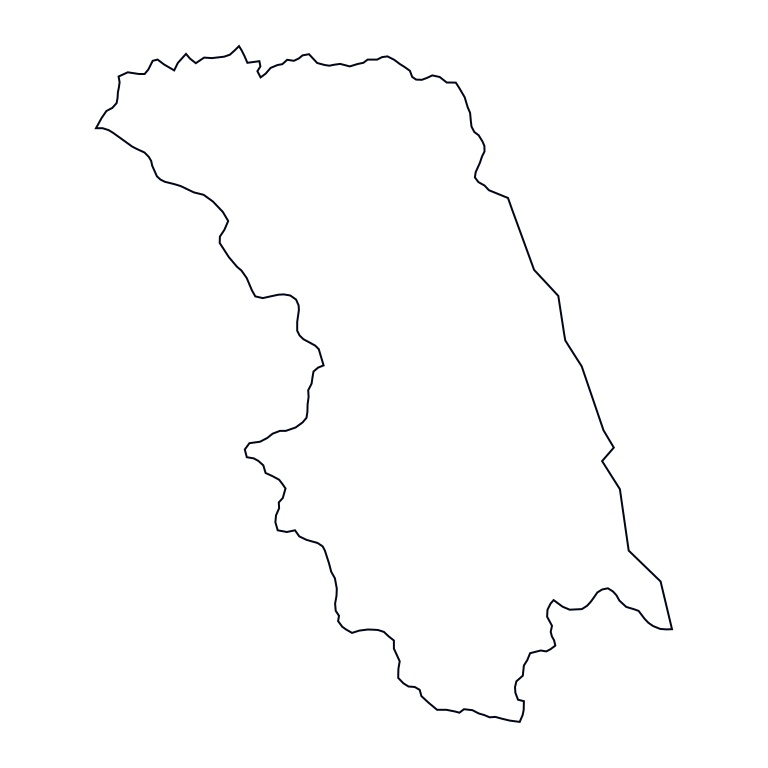 outline of Beneditinos, Piauí, Brazil
{"feature_id": "56859067B90877383112552", "entity_name": "Beneditinos", "entity_type": "district", "adm_level": 2, "iso_a3": "BRA", "parent_name": "Brazil", "parent_adm1": "Piauí", "projection": "mercator", "projection_center": [-42.424, -5.514], "detail": "fine", "context": "isolated", "style": "outline", "palette": "ink", "viewbox_px": 768, "rotation_deg": 0, "n_neighbors": 0, "source": "geoboundaries", "source_scale": "gbopen_adm2", "svg_char_len": 3372}
<svg xmlns="http://www.w3.org/2000/svg" viewBox="0 0 768 768"><path d="M455.8,82.6L446.7,82.5L439.7,77.0L432.3,75.4L427.0,77.9L421.9,79.8L416.1,79.6L412.2,76.9L409.9,70.8L404.6,67.0L400.1,64.2L394.2,59.8L387.5,56.4L382.1,57.1L377.1,59.6L367.6,59.6L363.4,62.8L357.6,64.0L349.8,66.4L340.2,63.9L334.4,64.7L329.3,65.7L324.7,65.0L317.2,63.0L309.0,54.2L302.5,55.4L298.9,58.4L293.9,60.8L287.2,59.8L282.3,64.2L277.6,65.0L270.6,67.9L265.6,73.7L260.6,77.4L257.4,71.2L260.4,66.4L259.4,61.2L247.4,62.8L244.5,56.1L241.6,50.3L239.0,46.1L235.0,50.1L229.9,54.7L224.1,56.7L211.9,58.1L204.1,57.6L195.8,63.2L190.0,58.6L186.0,53.9L177.8,63.0L174.2,70.4L164.1,64.5L157.6,59.6L152.7,60.8L148.3,69.6L144.6,74.0L138.9,74.0L127.8,72.3L118.6,76.5L119.6,82.3L118.9,87.4L117.9,92.3L117.6,97.7L116.6,103.1L112.3,107.9L106.4,111.0L101.6,118.0L96.0,128.2L102.6,128.2L108.6,130.1L113.2,132.9L132.2,146.6L137.1,149.1L144.5,152.5L148.8,156.9L151.2,161.0L152.2,165.7L156.9,176.3L160.5,179.6L164.9,181.8L174.2,184.1L180.5,186.0L193.9,192.4L203.6,194.8L212.9,201.5L222.8,211.9L228.2,221.0L224.4,229.8L219.9,236.6L219.7,243.0L228.9,257.2L237.0,266.8L241.4,270.5L246.7,278.0L251.9,290.3L255.3,296.4L262.8,298.1L270.9,296.3L278.4,294.7L283.8,294.4L290.3,295.5L296.1,299.6L298.6,305.4L298.9,309.9L297.2,321.9L297.2,330.8L299.6,335.5L303.4,339.2L315.2,345.6L318.8,349.2L320.3,354.4L323.6,365.4L318.1,367.6L313.5,371.5L312.5,377.4L311.6,383.6L308.2,390.3L308.6,396.9L307.6,404.3L307.4,411.9L306.5,417.8L302.6,422.4L295.6,427.5L285.7,430.9L279.9,430.9L272.6,433.7L267.2,438.0L260.1,441.7L249.4,443.2L244.8,449.5L246.8,457.2L253.8,458.4L258.2,460.8L263.3,465.3L265.6,473.0L271.8,475.8L279.1,479.7L282.8,484.5L285.5,488.5L282.8,498.0L278.8,502.4L279.1,508.3L276.0,515.4L275.4,522.3L277.7,530.3L286.9,532.0L295.0,530.3L299.3,536.4L306.6,539.9L317.6,543.0L322.7,546.4L324.9,550.6L326.9,556.8L329.0,563.3L331.2,571.7L334.9,578.3L336.8,588.6L336.5,595.9L335.1,603.5L335.7,610.8L339.0,615.8L338.1,621.1L342.2,626.7L346.1,629.5L352.0,632.9L359.3,630.6L367.8,629.5L373.2,629.7L378.0,630.0L383.9,631.9L388.7,636.4L393.9,640.5L393.9,648.6L399.7,661.3L398.4,668.9L398.2,677.9L403.4,683.3L408.5,686.5L414.8,687.0L419.7,689.9L421.4,696.1L429.0,703.1L437.1,709.8L446.4,709.8L455.0,711.5L459.4,712.7L464.0,709.2L472.5,710.2L478.6,713.4L484.4,715.1L489.6,717.3L495.4,716.9L501.5,718.6L509.8,720.6L519.7,721.9L522.7,714.9L523.7,709.8L523.9,701.2L518.0,699.7L515.4,692.8L515.0,687.2L516.4,681.3L522.8,675.7L523.9,665.5L527.3,660.1L530.1,653.2L540.7,650.5L546.3,651.4L550.5,649.2L555.3,645.6L554.1,640.3L551.9,636.4L550.7,631.9L552.0,625.8L547.1,616.7L547.5,609.7L550.5,603.7L553.6,600.1L562.6,606.7L569.7,609.7L581.9,609.1L587.2,605.7L590.9,601.6L594.3,596.9L597.3,592.5L602.1,589.5L607.9,588.3L613.0,591.5L616.4,595.2L619.4,600.6L626.2,606.9L634.5,609.4L638.6,610.9L644.5,618.7L648.4,622.8L653.0,626.0L660.1,628.9L666.4,629.4L672.0,629.2L660.6,581.5L628.7,550.6L627.6,543.0L619.9,489.2L602.1,461.1L613.8,447.6L603.5,430.3L581.7,366.3L577.0,359.0L568.3,345.3L565.3,340.5L564.1,333.6L558.3,295.9L539.9,276.1L534.1,269.9L518.8,227.9L512.0,209.3L508.0,198.0L488.9,190.2L484.5,185.5L478.4,182.1L474.9,177.4L475.7,172.1L479.9,162.8L482.0,156.5L484.5,151.5L484.4,146.0L482.5,141.5L478.6,135.2L474.3,132.0L471.5,126.6L470.8,120.7L470.1,112.9L467.6,107.0L464.7,97.3L459.2,87.9L455.8,82.6Z" fill="none" stroke="#020617" stroke-width="2"/></svg>